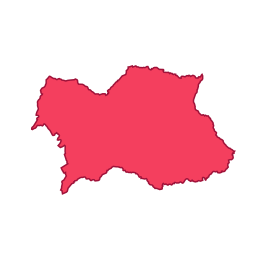 the district of Redenção, Pará, Brazil, rotated 337°
{"feature_id": "56859067B40861427462904", "entity_name": "Redenção", "entity_type": "district", "adm_level": 2, "iso_a3": "BRA", "parent_name": "Brazil", "parent_adm1": "Pará", "projection": "mercator", "projection_center": [-50.206, -8.057], "detail": "fine", "context": "isolated", "style": "filled", "palette": "rose", "viewbox_px": 256, "rotation_deg": 337, "n_neighbors": 0, "source": "geoboundaries", "source_scale": "gbopen_adm2", "svg_char_len": 5835}
<svg xmlns="http://www.w3.org/2000/svg" viewBox="0 0 256 256"><g transform="rotate(337 128 128)"><path d="M61.7,61.4L61.8,62.5L62.5,63.3L62.0,63.8L60.5,64.2L59.6,64.7L58.7,66.2L58.1,66.7L56.5,67.3L55.1,68.3L54.6,69.2L54.4,70.1L53.4,72.3L53.1,74.9L52.8,75.6L50.3,77.8L48.8,79.6L48.5,80.4L50.0,81.1L50.4,81.7L50.3,82.7L49.5,83.2L48.6,83.1L48.0,83.5L47.5,84.1L48.0,84.8L46.3,86.2L41.7,89.4L39.9,90.0L39.3,90.6L38.9,91.5L39.5,92.1L41.0,91.8L42.7,91.9L43.5,91.6L45.1,90.5L45.9,90.3L47.3,91.1L48.8,91.4L50.1,92.6L50.8,92.4L52.1,91.5L52.8,91.7L53.3,92.7L53.5,94.0L54.0,94.8L54.3,97.3L55.3,99.9L55.7,104.8L56.1,105.6L57.6,105.8L58.8,104.7L59.6,104.8L60.5,104.5L60.9,106.0L61.6,106.5L61.9,108.1L61.3,109.0L59.4,110.0L58.4,111.3L58.9,111.9L61.0,112.2L61.5,112.7L61.4,113.6L60.8,114.4L59.2,115.7L56.8,116.9L58.1,119.5L60.1,119.6L62.8,119.2L63.1,120.2L60.9,125.1L60.4,127.0L59.2,127.4L58.8,132.3L58.6,133.3L58.9,134.7L58.2,136.3L58.6,137.4L50.9,138.6L51.0,142.0L51.4,142.5L51.2,143.9L51.6,144.6L53.1,144.5L52.4,146.3L52.5,148.0L48.7,150.8L46.6,151.2L46.0,151.8L45.9,153.4L43.9,156.2L43.4,157.4L41.8,158.8L42.7,160.0L42.0,163.0L46.1,163.0L47.4,162.5L49.3,160.0L54.5,157.3L56.5,157.4L57.0,156.4L57.7,156.7L58.4,155.8L60.4,156.3L61.6,155.5L64.3,155.1L65.6,155.2L66.3,155.4L66.9,155.8L68.3,155.9L69.2,156.3L69.6,157.0L69.7,158.5L70.5,158.9L72.2,159.4L72.7,160.0L73.0,161.6L73.7,162.0L75.4,161.8L76.0,162.1L76.6,162.4L77.0,163.8L80.0,164.7L80.9,164.7L81.6,164.4L82.9,162.6L84.3,162.2L86.2,160.9L90.4,160.9L91.3,160.2L91.5,159.5L92.1,158.9L92.7,159.3L94.0,158.6L96.9,158.4L97.6,157.9L99.4,157.6L102.0,159.1L103.4,159.7L104.9,160.8L105.3,161.4L106.9,162.0L107.5,163.6L106.9,165.0L107.3,165.5L108.7,165.8L108.9,167.6L109.5,168.1L110.3,168.3L111.5,169.4L113.1,169.8L113.4,170.5L114.3,170.4L115.8,171.0L117.5,172.3L117.3,173.1L118.5,173.8L119.0,175.1L119.1,177.0L119.3,177.7L120.8,178.0L120.8,178.8L120.3,179.5L121.1,179.8L123.5,181.5L125.0,181.7L125.3,182.3L125.4,183.2L125.0,183.8L125.8,185.9L125.4,186.5L125.9,188.4L126.4,189.0L127.0,189.2L128.1,190.2L128.4,190.9L128.1,191.6L128.6,192.6L129.2,193.4L129.2,194.1L130.8,194.8L133.3,197.1L134.0,197.1L135.3,197.5L135.9,197.0L136.1,196.1L137.5,195.0L137.1,194.4L137.6,193.7L138.1,193.1L138.8,192.8L139.4,194.1L140.1,194.4L140.8,194.3L141.4,194.8L141.8,195.6L142.5,196.2L143.1,195.8L144.6,196.1L145.3,196.6L145.6,197.3L146.3,197.4L147.6,196.7L148.9,197.2L149.2,196.5L149.9,196.4L151.4,197.7L152.7,198.1L153.3,198.4L155.0,198.1L155.6,198.5L156.1,199.1L156.4,199.9L157.0,200.1L157.8,199.9L160.4,198.1L161.9,197.6L162.8,198.0L163.3,198.6L163.4,199.5L164.8,201.5L165.4,201.4L166.2,201.8L166.7,201.2L167.8,203.1L169.2,204.0L170.0,204.0L170.6,204.3L172.3,204.0L174.2,205.3L175.7,205.2L176.3,205.4L177.0,203.1L177.7,202.8L178.6,203.4L179.1,204.2L178.8,205.7L179.2,206.3L180.9,204.8L181.6,205.1L182.3,204.5L183.1,204.6L184.2,203.3L185.9,202.7L186.8,202.8L188.1,201.8L189.5,201.3L191.0,202.1L191.5,202.6L193.0,202.7L193.2,203.4L193.1,204.1L194.4,205.0L195.9,205.3L197.1,205.2L197.2,204.4L197.9,204.5L198.1,205.2L199.6,205.6L200.3,205.5L202.5,204.1L203.3,204.1L204.0,203.5L204.8,203.3L205.1,202.5L205.0,201.8L205.8,200.4L206.2,199.8L207.0,199.7L207.6,199.3L208.0,196.9L209.5,197.0L211.0,197.6L212.3,197.2L213.1,196.6L213.7,194.6L213.4,193.6L213.8,192.8L214.5,192.1L215.0,192.8L215.8,192.6L215.9,191.8L217.1,191.0L216.1,190.4L215.5,188.9L214.1,187.1L213.9,186.4L213.3,186.2L212.8,185.7L211.4,182.7L211.4,181.9L211.0,181.2L210.4,179.4L210.3,177.7L210.6,177.0L210.3,176.1L209.5,174.9L208.9,174.5L208.5,173.8L208.3,173.0L206.7,171.2L206.6,169.8L206.2,169.2L206.2,168.5L206.9,168.1L207.6,166.9L207.1,165.5L206.6,164.9L206.5,164.2L206.8,162.7L206.5,162.0L206.5,161.3L206.7,160.6L207.7,159.4L207.9,158.6L207.7,158.0L208.1,157.3L208.3,156.3L207.8,153.9L207.3,152.4L207.6,151.7L207.5,151.0L207.0,150.6L206.6,148.2L205.1,147.7L204.8,147.1L204.2,146.5L203.3,146.8L202.7,145.4L202.1,145.1L201.3,145.2L200.5,144.7L199.2,141.9L199.1,141.1L199.3,140.3L199.0,139.5L197.9,138.5L197.3,137.1L197.6,135.5L198.1,134.8L198.6,131.8L198.4,129.8L199.3,127.7L203.6,122.9L205.1,122.3L205.6,121.8L206.6,119.8L207.4,119.3L208.3,117.9L208.8,117.6L209.7,115.6L211.1,114.6L212.0,114.3L212.9,113.2L214.7,112.8L215.9,112.0L217.1,109.2L217.1,107.6L216.2,108.0L214.7,109.2L213.9,109.0L213.3,108.5L212.5,108.8L212.0,109.4L210.1,108.5L209.8,107.6L209.9,106.8L209.0,105.4L208.1,104.8L205.8,105.0L205.4,103.9L204.7,103.3L204.1,103.7L202.7,102.8L200.5,103.1L198.9,101.9L197.7,101.4L196.7,101.8L196.4,102.8L195.5,102.5L194.6,101.7L193.6,98.9L192.9,98.6L192.5,98.1L192.9,97.2L191.5,96.4L190.6,96.5L190.2,96.0L190.0,95.1L189.0,94.7L188.7,94.0L187.5,94.1L187.4,93.1L186.9,92.5L185.8,92.2L182.8,90.7L182.6,90.0L182.7,89.1L183.5,88.7L183.4,88.0L179.6,86.2L178.2,83.6L176.2,82.7L174.9,82.6L173.6,83.2L172.9,82.6L172.2,83.4L171.4,83.2L170.3,81.6L170.4,80.1L170.3,79.2L169.4,78.8L167.6,79.1L166.7,78.8L166.0,78.3L165.0,78.2L163.3,77.3L162.3,77.0L161.2,75.7L160.0,75.2L159.5,73.9L156.2,73.7L156.2,72.5L153.2,72.3L152.0,71.9L151.4,73.4L149.8,74.3L148.9,74.5L148.0,76.5L146.8,77.9L143.0,77.8L138.6,80.2L136.9,80.2L136.6,81.1L135.3,81.0L134.3,81.3L133.2,82.0L131.4,82.7L130.6,83.4L128.2,84.0L126.2,85.4L125.2,85.2L123.8,85.7L123.5,86.8L124.2,87.4L123.5,88.5L122.7,88.4L122.3,89.1L120.4,89.3L120.3,87.6L118.0,86.6L114.6,86.3L114.1,85.1L112.0,84.2L111.1,84.0L109.6,80.9L109.0,80.5L108.2,78.3L106.8,77.3L106.7,76.0L106.8,75.0L106.6,74.2L106.1,73.6L105.1,73.1L104.4,71.6L103.3,70.1L99.6,68.3L99.4,66.7L100.1,64.5L99.9,63.6L98.6,62.3L97.5,62.6L93.1,61.2L91.0,60.6L89.1,60.4L87.4,59.0L85.9,58.1L85.3,56.8L84.6,56.5L84.1,55.7L83.1,55.5L81.7,55.7L81.1,55.4L80.2,53.9L79.0,53.5L77.8,52.1L76.6,50.2L75.8,49.7L73.2,51.1L71.5,51.7L70.1,55.0L69.1,55.8L68.6,56.6L67.1,57.6L64.3,57.8L62.3,59.1L62.0,59.7L62.1,60.4L61.7,61.4Z" fill="#f43f5e" stroke="#9f1239" stroke-width="1.5"/></g></svg>